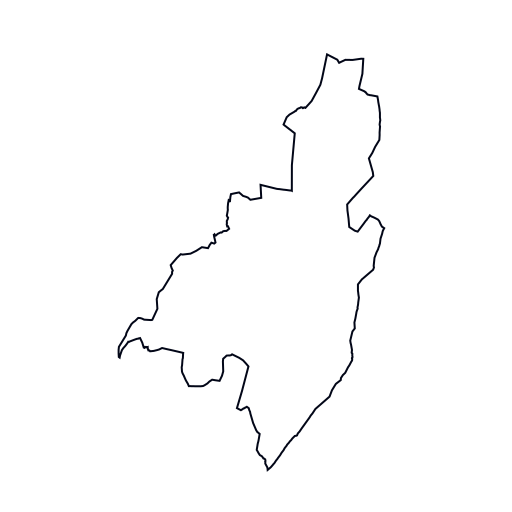 outline of Kviteseid nor, Telemark, Norway, rotated 278°
{"feature_id": "86288312B3743055335069", "entity_name": "Kviteseid nor", "entity_type": "district", "adm_level": 2, "iso_a3": "NOR", "parent_name": "Norway", "parent_adm1": "Telemark", "projection": "robinson", "projection_center": [8.487, 59.408], "detail": "fine", "context": "isolated", "style": "outline", "palette": "ink", "viewbox_px": 512, "rotation_deg": 278, "n_neighbors": 0, "source": "geoboundaries", "source_scale": "gbopen_adm2", "svg_char_len": 5888}
<svg xmlns="http://www.w3.org/2000/svg" viewBox="0 0 512 512"><g transform="rotate(278 256 256)"><path d="M165.7,365.6L166.5,365.7L166.9,365.6L167.2,365.6L168.1,365.2L168.4,365.2L168.6,365.3L168.8,365.6L169.6,365.6L170.4,365.3L170.9,365.2L172.7,365.0L173.1,364.7L173.2,364.4L173.3,364.3L174.1,364.1L175.0,364.2L175.6,364.1L176.1,364.2L181.9,362.3L182.7,361.9L185.3,361.1L194.7,362.0L198.0,363.9L203.9,362.7L207.8,363.1L213.2,363.3L214.4,363.3L215.8,363.5L218.0,364.0L219.0,363.7L220.1,363.7L221.0,363.8L222.8,363.8L224.2,363.7L229.1,363.7L232.0,362.8L234.4,362.2L235.7,361.8L242.1,360.9L247.6,364.1L258.7,373.9L261.1,374.4L262.5,373.9L270.8,373.6L274.8,374.5L276.3,374.8L279.8,376.0L280.9,376.1L283.4,376.7L284.2,376.7L285.4,377.0L290.5,376.9L295.5,377.8L298.0,378.0L298.9,378.2L301.4,379.1L302.2,377.5L302.6,376.6L305.5,374.5L305.8,374.4L307.8,373.1L309.1,371.6L310.4,367.9L311.1,365.5L311.2,364.8L312.1,363.1L310.7,362.5L308.2,361.0L307.2,360.6L306.3,359.9L304.3,358.8L303.3,358.3L294.3,353.3L294.8,350.3L297.7,344.3L306.0,342.4L313.9,340.2L319.7,339.1L327.1,343.9L328.5,345.0L330.9,346.6L337.9,351.4L339.3,352.4L351.6,361.0L355.3,360.0L368.4,354.2L374.2,356.8L380.7,358.8L388.1,362.0L392.9,361.6L395.5,361.2L401.6,360.8L402.2,360.5L403.5,360.1L406.0,360.1L406.8,360.1L407.1,360.2L407.4,360.2L408.0,360.1L409.9,359.6L410.6,359.4L411.5,359.3L415.0,358.8L417.1,358.2L418.5,357.9L421.6,357.0L421.8,356.9L424.8,355.9L425.4,355.7L427.6,355.1L430.9,354.0L431.2,347.5L431.1,346.5L431.2,345.9L431.4,344.5L431.4,344.0L432.1,343.2L432.4,342.7L432.8,342.5L433.0,342.2L433.4,341.9L433.6,341.4L433.8,341.2L433.8,340.8L434.1,340.5L434.2,340.3L435.8,334.7L438.7,334.8L451.2,336.0L466.2,334.8L466.0,332.7L463.6,324.4L462.7,317.2L458.9,311.4L461.7,309.2L465.5,298.3L441.1,296.7L434.5,295.9L425.7,292.7L417.2,289.5L409.5,284.3L409.5,284.2L409.9,283.8L409.9,283.6L409.9,283.2L409.8,282.9L409.6,282.7L409.0,282.1L408.9,281.8L409.0,281.6L409.5,281.0L409.6,280.8L409.6,280.7L409.5,280.0L409.5,279.7L408.7,278.9L408.6,278.6L408.4,278.1L408.2,277.9L408.0,277.4L407.3,276.5L405.9,275.6L405.3,275.4L404.9,274.5L404.4,274.2L400.7,269.5L397.7,267.1L390.0,265.0L389.3,266.1L382.9,277.3L350.9,278.9L325.6,282.4L325.7,282.1L325.6,279.6L325.6,276.5L325.5,273.9L325.5,270.3L325.5,269.7L325.4,268.5L325.4,267.1L327.1,250.6L314.3,253.1L310.9,242.6L312.7,239.9L313.2,238.0L313.6,235.4L313.7,234.8L315.7,231.8L316.0,231.2L316.6,230.4L314.8,225.3L313.8,222.6L310.8,222.4L306.6,222.6L306.5,222.3L307.4,221.7L307.6,221.2L305.8,221.1L304.5,221.0L300.5,221.2L298.5,221.5L297.9,221.7L297.4,221.7L294.3,221.6L294.1,221.6L291.8,221.5L291.4,221.9L291.1,222.0L290.6,222.4L290.2,223.0L288.7,222.9L286.6,222.2L285.0,222.5L284.6,222.7L284.3,222.6L283.7,222.6L283.2,222.6L281.7,223.2L281.8,223.3L281.5,223.6L281.6,224.0L280.6,224.7L280.3,224.9L279.2,225.6L276.7,223.3L276.5,221.7L276.0,220.1L274.4,218.7L274.4,217.7L272.6,215.0L270.6,213.3L271.1,212.3L271.7,211.9L271.3,211.6L271.1,211.3L269.2,211.9L265.4,213.4L263.7,214.0L262.5,212.9L263.0,210.0L261.7,209.3L260.7,208.7L257.1,207.4L257.2,201.2L252.8,196.1L249.2,190.8L247.2,183.1L247.3,181.2L243.0,177.9L235.1,172.8L232.3,174.1L230.0,175.6L228.5,175.1L226.7,175.4L210.3,168.3L208.9,166.9L206.6,164.8L199.5,163.7L190.0,165.7L178.4,162.2L178.1,161.7L177.9,160.6L177.7,157.9L177.4,154.1L178.1,152.0L178.4,150.2L178.4,149.7L178.3,148.5L178.3,148.3L178.3,148.1L178.0,147.7L176.6,146.7L176.0,146.2L175.4,145.8L175.0,145.4L174.6,145.1L173.2,143.6L171.2,142.1L164.1,139.2L161.6,138.4L159.1,138.2L147.0,132.9L144.0,133.0L140.5,133.5L136.9,134.2L136.4,135.1L138.5,135.2L144.1,136.3L146.3,137.4L148.8,139.1L151.5,140.6L153.2,141.4L153.1,141.6L153.2,142.1L153.4,142.2L155.4,145.8L156.7,148.2L157.2,149.2L157.5,149.8L157.7,150.8L158.1,151.3L158.1,151.5L158.6,152.6L154.4,155.4L149.9,157.5L150.1,158.0L149.9,158.2L149.6,158.2L149.5,158.4L149.8,158.7L150.3,158.8L150.5,158.9L150.3,159.4L150.4,159.8L150.5,159.9L150.4,160.1L150.5,160.2L150.7,160.6L150.6,161.1L150.7,161.3L150.3,161.3L150.0,161.3L149.9,161.4L149.9,161.6L148.7,161.9L148.5,162.2L148.1,162.4L147.8,162.4L147.5,162.6L147.6,163.0L147.6,163.4L147.6,163.6L146.9,164.4L147.8,168.0L149.1,171.2L149.9,173.0L151.8,175.8L151.4,180.2L151.0,185.5L150.9,186.6L150.1,195.6L149.9,197.4L149.1,197.4L144.7,197.8L143.5,197.6L137.6,198.0L135.5,197.9L131.2,198.8L129.8,199.5L129.2,199.9L127.4,201.2L125.4,202.4L123.8,203.4L122.9,204.0L120.0,206.3L117.8,207.6L118.6,214.3L118.8,215.6L119.0,217.3L119.3,219.4L119.9,221.7L120.8,223.0L123.0,225.6L125.2,227.3L127.4,229.8L127.3,233.2L127.3,237.3L132.7,239.0L137.2,239.6L147.0,237.9L149.7,237.8L151.9,239.7L153.1,240.6L153.4,241.0L153.6,242.3L153.8,243.7L153.8,243.8L154.4,245.2L155.3,246.0L152.8,253.6L150.9,257.7L148.0,261.2L145.6,263.9L120.2,260.9L102.7,258.3L101.2,262.5L101.9,263.3L102.2,263.8L102.5,264.0L102.7,264.3L103.3,264.8L103.5,265.2L103.6,265.7L104.4,266.4L104.5,266.7L104.7,266.9L104.8,267.2L105.0,267.4L105.4,267.9L104.3,270.0L102.4,270.8L100.9,271.8L99.3,272.3L90.2,276.4L85.4,279.3L83.4,280.5L81.7,282.0L81.6,282.4L81.1,283.2L80.3,284.4L74.2,284.2L72.5,284.1L71.1,283.9L69.6,283.8L68.6,283.8L64.1,283.7L63.7,284.0L63.0,284.6L61.0,286.1L60.1,286.9L59.4,287.5L58.9,288.8L58.4,289.9L56.6,291.5L56.7,291.8L56.5,292.0L55.9,293.4L54.8,293.8L54.3,293.9L53.8,293.7L53.4,293.9L51.7,294.1L48.3,296.6L47.5,296.9L45.8,297.3L48.8,300.0L51.4,301.7L52.5,302.3L52.8,302.6L53.2,302.9L56.4,304.4L57.0,304.8L58.0,305.4L59.1,305.9L62.1,307.6L64.7,308.7L67.5,310.3L69.7,311.1L72.6,312.8L73.6,313.1L74.1,313.5L74.4,313.7L76.0,314.8L77.0,315.2L78.5,316.4L79.5,316.9L80.4,317.4L82.8,319.2L83.2,319.5L83.7,321.1L84.1,321.6L86.1,322.1L88.3,323.6L91.6,325.2L102.8,331.1L104.4,331.9L105.5,332.3L107.9,333.8L112.8,336.1L127.0,348.4L133.6,349.9L140.3,352.8L140.6,353.0L144.9,357.2L147.0,357.1L150.2,358.6L152.7,360.6L158.6,362.6L160.6,363.6L164.7,365.1L165.7,365.6Z" fill="none" stroke="#020617" stroke-width="2"/></g></svg>